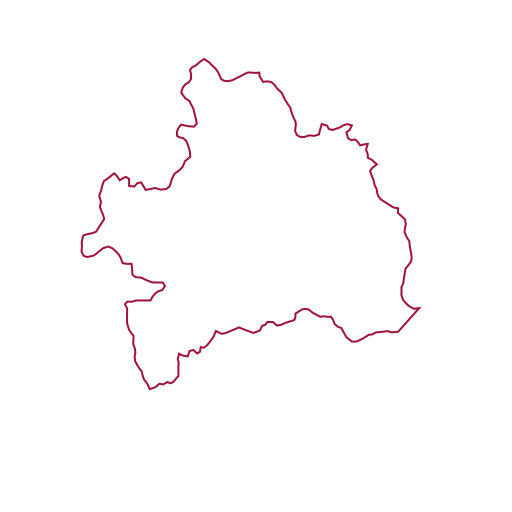 Porteirão, Goiás, Brazil (orthographic projection), rotated 26°
{"feature_id": "56859067B4903361773953", "entity_name": "Porteirão", "entity_type": "district", "adm_level": 2, "iso_a3": "BRA", "parent_name": "Brazil", "parent_adm1": "Goiás", "projection": "orthographic", "projection_center": [-50.163, -17.922], "detail": "fine", "context": "isolated", "style": "outline", "palette": "rose", "viewbox_px": 512, "rotation_deg": 26, "n_neighbors": 0, "source": "geoboundaries", "source_scale": "gbopen_adm2", "svg_char_len": 3555}
<svg xmlns="http://www.w3.org/2000/svg" viewBox="0 0 512 512"><g transform="rotate(26 256 256)"><path d="M218.8,422.3L223.2,417.8L225.2,413.1L228.9,412.1L231.6,408.1L234.8,408.0L236.8,405.7L238.8,397.8L236.8,393.6L234.9,389.8L233.3,385.9L230.9,383.0L229.7,377.6L233.5,377.6L238.6,376.2L237.9,370.5L241.0,367.9L245.8,369.5L247.6,366.7L246.3,362.1L249.3,361.3L251.2,357.6L252.3,352.4L253.2,347.4L252.8,340.9L259.3,341.0L262.7,338.4L267.2,333.2L272.0,327.7L287.2,326.4L292.1,321.4L292.2,315.9L294.5,313.8L295.2,310.3L300.1,307.9L305.4,309.3L308.9,306.7L311.6,303.3L315.6,299.6L318.5,296.7L318.2,293.5L316.7,290.5L320.8,283.8L323.4,282.0L326.6,281.0L332.0,282.2L340.2,282.4L344.0,280.2L347.4,279.2L350.0,277.7L353.1,279.5L356.6,282.7L360.7,283.7L364.2,283.3L368.9,286.6L372.8,289.3L376.4,290.2L379.7,290.9L383.7,288.9L386.9,285.2L389.4,281.6L391.9,277.4L394.8,275.6L397.1,272.3L407.4,265.8L411.7,265.0L417.0,261.7L425.5,231.3L421.1,234.2L415.4,234.0L411.2,232.6L407.2,230.9L403.6,227.0L402.4,224.2L400.4,220.3L400.3,216.1L397.2,206.2L396.0,201.8L397.0,197.4L397.8,193.2L396.7,189.3L394.1,185.4L390.5,180.7L387.3,175.5L383.4,173.1L379.0,169.4L377.7,165.7L376.7,161.6L373.7,157.7L369.3,156.4L364.6,155.0L362.7,150.8L358.5,152.1L354.3,151.7L348.7,151.1L343.5,150.4L339.9,148.8L337.0,145.9L335.3,143.2L331.4,140.1L328.6,136.5L324.9,133.2L321.3,129.7L321.7,126.4L324.5,120.6L321.5,119.8L317.9,118.8L313.5,118.7L312.0,115.8L308.2,112.0L307.3,106.3L304.3,108.2L301.2,110.9L297.1,108.7L294.0,107.8L290.8,110.2L287.0,109.7L283.1,105.2L284.9,101.6L284.9,96.6L280.1,97.5L277.1,100.4L274.8,104.0L269.5,109.2L265.7,109.9L262.8,107.7L257.2,108.5L258.2,114.2L259.3,119.2L255.7,122.5L251.2,124.1L247.0,128.0L243.0,129.7L239.4,129.2L236.3,126.4L234.2,120.4L232.4,117.7L229.3,115.4L225.0,111.4L221.7,107.5L218.4,105.8L213.3,102.6L207.8,98.2L201.6,96.2L197.1,93.9L193.3,92.9L189.3,94.2L186.1,96.4L180.4,92.8L178.5,89.7L175.4,91.6L168.5,94.4L166.0,97.3L163.3,101.1L157.8,108.2L154.4,111.1L150.4,112.5L147.1,112.3L144.5,110.0L141.4,107.5L137.9,105.5L135.1,104.5L132.2,103.7L129.0,102.5L123.0,101.6L120.5,106.1L118.4,111.1L115.8,114.4L115.2,118.0L117.7,120.6L120.0,125.3L119.6,129.1L117.4,132.4L116.3,136.7L117.2,142.0L123.0,145.1L128.2,145.9L131.6,148.5L135.3,151.2L137.8,154.4L141.6,158.7L144.8,163.1L143.5,167.0L138.3,169.0L131.0,170.8L130.2,174.9L130.4,178.9L132.4,182.7L135.5,182.8L138.8,182.0L142.6,183.0L146.5,186.4L150.4,190.6L153.5,195.7L150.6,202.0L151.0,207.9L149.4,212.9L146.7,217.8L146.6,223.5L147.3,227.6L147.8,231.5L146.0,235.1L141.3,238.1L135.5,239.1L131.6,242.2L127.8,245.0L124.2,242.6L120.6,240.2L117.5,242.4L116.1,247.0L111.2,248.6L108.1,242.3L104.4,241.9L102.1,244.9L100.3,247.7L96.3,245.2L92.2,243.9L89.6,249.7L86.5,255.4L86.9,259.8L88.1,265.0L88.6,270.5L93.0,275.4L94.2,280.4L98.0,283.9L101.1,286.6L103.4,289.5L102.5,296.2L101.6,304.3L98.8,307.4L95.5,309.7L91.9,313.1L92.6,317.3L93.5,320.5L95.3,323.5L97.3,328.6L101.0,331.4L104.7,331.0L109.6,327.1L111.6,323.8L113.1,320.2L115.3,315.8L119.2,312.2L123.6,312.1L128.0,313.2L132.6,315.2L135.1,316.9L139.3,320.9L143.8,319.5L147.5,317.6L149.8,321.1L153.1,326.9L157.0,327.8L162.6,325.7L167.2,325.8L174.5,325.2L178.8,323.1L183.9,320.7L187.3,322.9L186.7,327.6L183.7,330.5L182.0,333.4L180.8,337.9L180.7,342.2L167.7,348.5L164.4,351.6L160.5,353.3L159.3,356.8L163.2,359.6L167.8,369.5L169.9,373.3L174.4,378.1L181.0,381.6L184.3,389.0L188.0,392.6L190.0,395.9L191.0,399.6L193.5,403.5L197.1,406.1L200.5,408.2L203.7,409.7L206.1,412.6L209.4,416.0L215.0,418.9L218.8,422.3Z" fill="none" stroke="#9f1239" stroke-width="2"/></g></svg>